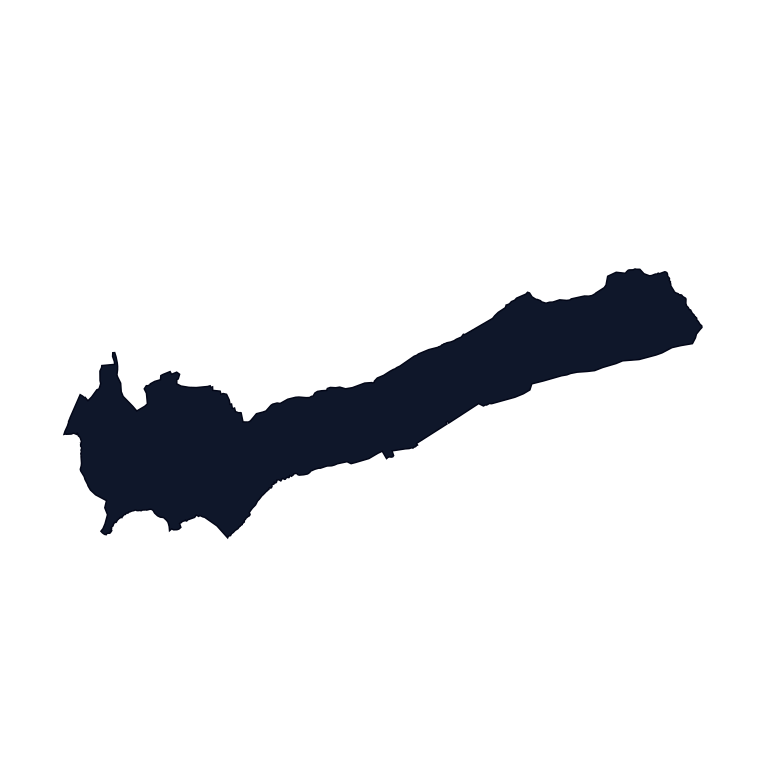 Vistea, Brasov, Romania, rotated 254°
{"feature_id": "2599482B58575749850312", "entity_name": "Vistea", "entity_type": "district", "adm_level": 2, "iso_a3": "ROU", "parent_name": "Romania", "parent_adm1": "Brasov", "projection": "mercator", "projection_center": [24.745, 45.724], "detail": "fine", "context": "isolated", "style": "filled", "palette": "ink", "viewbox_px": 768, "rotation_deg": 254, "n_neighbors": 0, "source": "geoboundaries", "source_scale": "gbopen_adm2", "svg_char_len": 6075}
<svg xmlns="http://www.w3.org/2000/svg" viewBox="0 0 768 768"><g transform="rotate(254 384 384)"><path d="M350.7,705.2L352.3,705.5L354.6,704.1L357.7,703.3L359.0,702.4L361.3,702.7L362.3,702.0L363.0,701.8L363.7,701.1L364.9,701.1L367.1,699.8L370.7,699.1L371.3,698.0L373.8,697.5L375.6,696.4L378.4,696.4L382.4,697.7L383.4,697.5L385.6,695.4L387.5,694.6L388.2,693.2L388.3,692.4L389.7,691.7L391.2,689.6L392.8,688.3L393.5,688.4L399.2,686.8L401.5,687.2L402.6,687.1L403.2,687.5L405.0,686.8L406.6,687.5L407.5,687.3L409.3,686.4L411.7,686.8L413.1,686.6L414.1,685.6L414.5,684.7L414.1,679.2L415.0,678.1L414.4,676.7L414.8,675.6L414.8,674.2L414.5,671.2L414.8,669.1L418.3,664.3L423.7,661.6L424.7,658.3L425.4,657.0L425.1,654.9L426.0,651.5L426.1,650.2L425.0,648.0L424.1,646.9L424.1,646.0L427.4,638.0L425.9,628.7L417.9,624.7L415.9,622.2L413.0,612.5L412.5,611.7L411.7,608.3L412.0,605.0L413.3,601.0L413.5,598.6L414.2,587.5L413.5,585.6L414.0,582.6L416.5,576.0L416.2,568.9L417.0,565.6L417.0,562.0L419.7,557.9L420.9,557.5L423.0,554.7L423.5,553.4L427.0,550.3L431.4,549.0L432.6,547.3L431.3,545.1L430.0,535.1L428.5,532.7L428.1,529.2L426.5,526.7L426.1,523.7L426.3,523.3L423.9,521.6L421.4,513.6L419.1,509.3L417.1,506.5L409.4,475.9L409.4,474.7L409.9,474.0L407.8,471.3L407.1,465.9L406.3,463.3L406.0,459.7L406.3,455.9L406.0,454.0L406.1,452.8L405.6,451.4L405.6,450.4L405.3,450.2L404.7,448.4L404.7,446.8L404.4,445.9L404.7,436.5L403.4,425.4L402.6,423.3L402.4,420.7L396.8,404.2L396.3,401.0L395.5,398.7L395.4,396.9L394.5,393.0L392.4,386.0L391.6,379.2L389.3,375.4L388.2,375.1L388.0,373.2L388.7,372.8L390.2,365.7L389.2,352.6L390.0,345.7L393.2,340.6L393.7,336.6L395.5,331.4L395.3,328.3L393.6,327.1L394.7,322.3L395.2,318.0L394.4,315.1L391.9,312.5L392.1,310.8L391.5,308.7L392.3,305.5L394.9,298.6L395.6,295.3L395.9,287.3L394.0,279.3L394.0,278.6L395.2,276.0L395.3,271.4L394.7,269.5L390.6,263.1L390.4,259.8L390.6,253.2L385.3,245.4L384.8,243.1L386.4,238.0L395.7,238.7L396.1,238.0L396.4,236.4L398.4,233.6L402.1,233.7L402.0,232.2L402.4,231.5L406.8,231.9L407.0,230.4L411.3,230.8L417.5,229.8L419.2,226.7L419.0,224.5L422.3,224.5L425.1,217.6L428.5,218.4L428.4,216.6L430.2,216.4L430.2,213.8L432.3,202.6L434.5,195.7L438.0,188.3L441.3,184.8L445.4,186.1L445.6,187.6L449.7,190.2L452.5,188.0L451.9,182.4L454.9,181.8L454.1,174.2L453.6,171.8L449.7,170.3L449.7,164.4L448.6,159.5L448.0,159.6L447.4,156.6L447.9,155.1L445.4,152.2L440.6,153.1L430.1,151.1L428.5,147.8L426.2,138.9L431.7,136.4L444.0,129.8L449.1,129.3L457.4,131.1L464.1,129.9L466.4,129.8L471.1,131.8L474.5,132.8L477.8,133.4L483.8,133.9L488.4,133.8L488.8,131.9L485.3,130.7L480.1,131.0L477.1,130.5L479.5,117.8L477.7,117.1L474.7,114.5L465.6,112.0L462.5,111.8L458.8,109.4L457.3,108.0L457.7,107.4L457.6,106.4L452.1,99.4L449.6,95.0L449.6,94.7L453.6,93.0L453.6,92.1L455.4,91.0L457.5,89.0L437.8,72.7L437.2,72.6L436.8,71.9L435.8,71.3L435.1,70.5L434.3,70.4L431.0,68.2L426.6,64.4L423.8,62.5L423.7,64.0L423.3,64.7L422.1,69.5L422.1,70.4L422.4,71.0L422.1,72.4L420.4,74.5L421.2,75.2L421.2,75.7L420.5,75.8L420.0,75.3L419.7,75.7L418.2,76.0L417.2,76.8L415.9,77.2L412.5,77.3L411.2,77.0L410.6,76.6L410.7,76.2L409.9,76.3L409.5,75.7L407.8,75.3L407.2,75.7L405.5,75.6L404.0,74.5L402.3,74.5L400.7,73.4L397.5,73.0L397.2,72.9L397.3,72.7L391.2,71.4L388.9,70.5L385.8,68.6L384.1,68.5L377.6,70.3L374.7,70.3L369.2,71.4L367.7,71.4L363.0,72.6L357.0,76.2L348.4,85.1L342.0,81.5L334.6,82.2L326.5,77.3L322.4,74.0L320.5,71.3L318.5,72.3L316.5,73.9L316.3,74.6L315.7,75.3L316.7,76.4L316.4,78.6L316.2,78.9L316.3,79.7L317.0,80.6L317.8,80.3L317.9,80.8L317.5,81.2L318.1,81.9L318.9,81.6L320.0,82.3L320.6,82.0L321.1,82.2L322.4,84.5L323.0,84.5L323.3,85.1L324.7,85.9L324.7,86.8L325.3,87.2L324.9,88.4L326.7,90.3L327.8,92.5L327.9,93.3L328.4,93.7L328.3,94.5L327.8,95.2L328.6,95.9L329.7,97.6L330.1,98.3L329.9,99.5L330.9,100.6L330.5,102.1L330.7,102.8L331.2,103.2L331.1,104.5L331.4,106.5L331.2,108.8L331.4,109.3L331.3,110.6L330.4,111.6L330.0,112.9L329.9,114.0L329.1,115.7L329.5,117.5L329.1,118.2L328.5,121.0L328.2,121.2L328.4,121.7L328.1,122.2L328.2,123.4L328.0,125.0L327.2,126.4L326.1,127.2L323.2,127.9L319.7,130.0L317.7,132.2L316.4,135.3L312.9,137.4L310.9,138.2L309.0,138.3L306.1,138.2L302.1,137.4L303.3,140.0L301.9,141.4L301.0,144.8L301.1,146.9L302.2,149.2L306.3,149.0L306.7,151.1L307.2,151.4L307.7,154.7L307.4,154.9L307.8,155.7L306.8,156.2L306.9,157.1L307.5,157.6L308.0,165.2L309.8,167.4L307.8,169.4L308.4,170.7L306.1,173.4L305.4,174.8L293.7,184.3L279.2,191.3L280.7,192.5L280.6,194.7L282.1,196.1L282.9,198.3L284.3,200.6L285.2,203.7L286.7,205.6L286.9,206.5L287.5,207.2L288.0,209.0L288.8,209.3L289.9,211.7L291.4,212.1L292.2,213.6L293.0,214.3L294.2,217.1L294.3,218.0L295.0,218.9L295.5,219.3L297.7,219.1L300.9,223.2L303.2,227.2L306.4,230.2L307.6,232.3L310.6,236.4L310.7,237.0L313.1,241.1L313.5,242.2L314.2,243.3L314.4,244.3L315.3,244.5L315.7,245.4L315.3,246.1L315.3,247.2L316.6,248.2L317.3,248.1L318.1,248.7L318.1,250.4L318.4,250.9L319.7,251.4L318.9,252.2L318.8,252.7L319.5,253.8L321.1,254.4L321.0,256.5L319.3,258.1L321.2,260.3L321.0,260.9L319.8,262.0L319.7,263.0L320.6,263.9L321.0,265.2L320.4,266.2L320.3,267.0L322.0,268.0L320.8,269.7L321.2,270.0L321.2,270.8L321.8,272.0L322.5,272.5L322.4,273.4L322.5,274.2L321.6,275.9L320.7,276.1L319.8,277.3L318.9,281.8L318.6,285.8L319.5,288.4L320.4,289.1L321.1,294.0L321.1,297.8L320.6,299.8L320.9,306.6L319.8,311.2L319.8,314.2L320.2,317.2L319.5,327.1L316.5,330.4L316.4,335.1L316.5,348.9L319.1,359.0L319.9,363.8L311.6,365.9L312.3,367.4L312.6,368.6L311.7,370.9L311.6,372.3L312.5,373.5L317.5,373.3L315.8,386.6L315.0,390.4L315.1,392.8L314.4,394.2L315.0,395.0L315.0,396.3L315.3,397.5L315.9,398.2L316.1,399.4L317.9,398.8L328.2,433.5L330.1,433.1L330.7,434.9L328.6,435.4L339.1,469.6L335.5,473.5L336.0,476.4L335.5,476.8L335.8,478.4L336.3,479.6L335.4,482.1L335.2,506.2L336.2,515.3L338.1,522.6L343.4,526.1L343.0,538.0L343.0,556.9L342.4,562.3L342.7,566.4L342.1,573.1L340.0,583.0L338.8,590.2L339.6,598.7L339.7,612.7L340.5,619.8L337.2,636.0L336.9,653.6L337.3,659.9L339.6,670.8L339.1,679.9L337.8,691.6L342.5,696.1L345.9,698.1L349.3,702.9L350.7,705.2Z" fill="#0f172a" stroke="#020617" stroke-width="1.5"/></g></svg>